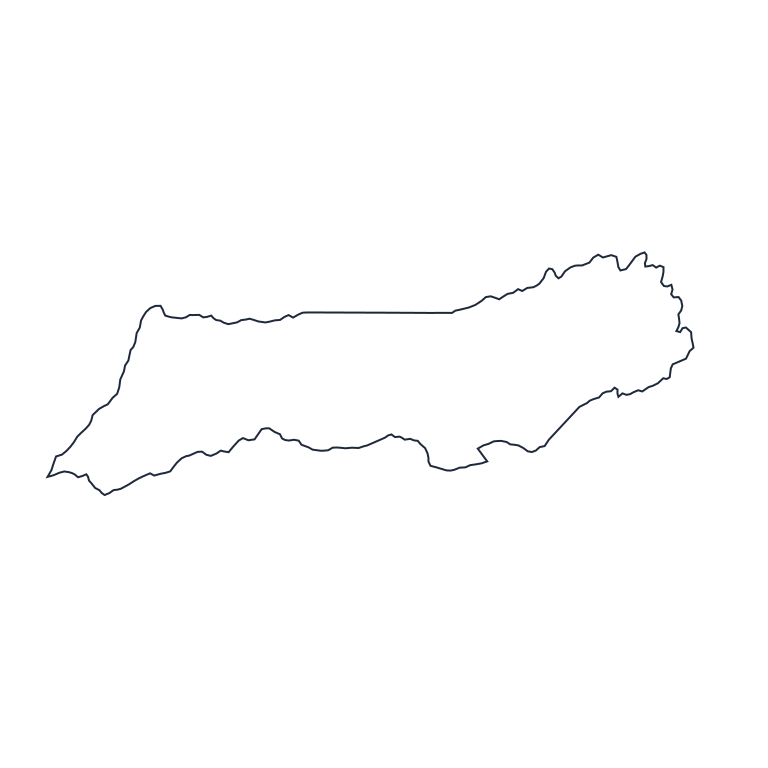 Senador La Rocque, Maranhão, Brazil (Equal Earth projection), rotated 207°
{"feature_id": "56859067B35743322866998", "entity_name": "Senador La Rocque", "entity_type": "district", "adm_level": 2, "iso_a3": "BRA", "parent_name": "Brazil", "parent_adm1": "Maranhão", "projection": "equal_earth", "projection_center": [-47.144, -5.381], "detail": "fine", "context": "isolated", "style": "outline", "palette": "slate", "viewbox_px": 768, "rotation_deg": 207, "n_neighbors": 0, "source": "geoboundaries", "source_scale": "gbopen_adm2", "svg_char_len": 3838}
<svg xmlns="http://www.w3.org/2000/svg" viewBox="0 0 768 768"><g transform="rotate(207 384 384)"><path d="M641.6,148.5L637.0,152.7L633.0,157.5L629.2,160.9L624.8,162.4L621.4,163.0L618.4,163.0L614.3,162.0L610.6,165.5L608.3,168.4L605.6,167.0L603.0,164.0L599.8,162.8L594.1,160.2L589.4,160.2L586.1,158.8L582.6,158.2L579.2,162.1L576.7,166.8L573.7,168.7L570.9,171.2L565.8,178.6L562.6,184.1L559.4,188.9L556.8,192.3L554.4,195.2L551.9,198.2L547.2,198.1L542.3,202.6L538.5,205.5L534.8,209.1L533.9,214.5L532.8,219.9L530.6,225.9L527.5,229.9L525.0,231.8L519.4,238.8L515.5,241.1L510.1,240.3L505.7,241.3L501.8,245.9L499.2,250.5L496.2,251.2L491.5,252.7L490.0,259.4L487.8,267.6L485.1,271.8L479.3,272.3L474.2,275.9L473.4,281.9L472.5,288.2L469.2,290.8L466.1,292.4L459.7,291.6L453.9,292.0L450.1,289.2L446.6,289.2L443.0,290.5L438.8,293.5L434.3,294.8L429.9,292.4L426.7,292.8L422.3,293.3L417.8,293.1L410.1,295.8L407.3,297.3L403.7,299.6L400.8,304.0L397.0,306.1L393.4,307.6L389.2,309.2L383.8,312.6L377.5,315.5L373.7,319.4L371.2,321.5L366.9,326.7L363.3,331.1L358.8,336.6L357.0,340.0L354.5,342.4L350.1,341.7L346.2,344.2L343.2,344.2L340.3,343.8L335.8,347.0L331.6,347.4L328.1,348.7L324.5,347.1L318.2,345.5L313.7,341.9L310.8,338.3L309.2,335.1L305.4,332.2L300.1,333.4L296.2,334.1L289.1,335.4L285.5,337.0L282.6,339.3L278.6,343.8L273.6,346.7L270.3,350.9L266.1,353.8L261.2,357.5L256.9,361.9L271.1,369.0L267.5,374.5L263.7,378.1L260.2,382.7L257.5,384.4L253.8,386.5L248.4,388.0L244.2,387.5L240.9,388.8L236.5,390.3L230.9,390.2L225.3,389.3L221.4,390.5L218.5,393.6L216.6,398.5L212.7,401.6L211.8,409.3L199.5,452.3L197.2,455.5L194.5,459.1L193.1,462.5L190.5,465.6L186.3,469.6L185.0,474.9L182.4,478.1L178.5,480.6L176.9,485.4L173.4,485.0L171.6,481.4L169.3,479.0L167.3,483.9L163.1,484.4L160.1,486.7L158.0,489.9L154.7,493.8L150.5,494.6L146.8,501.4L143.8,504.3L140.3,509.0L137.8,515.9L134.4,516.8L132.5,519.7L135.5,528.1L135.7,532.6L126.4,543.7L126.6,552.1L124.7,556.8L127.7,560.7L130.6,564.2L133.9,569.6L137.6,570.6L140.7,571.4L143.3,569.3L143.7,564.7L147.5,563.9L147.5,568.3L148.3,572.4L151.0,576.5L153.3,579.6L152.6,584.5L153.6,588.9L157.1,593.3L161.0,595.2L165.2,592.7L168.9,594.4L169.8,599.2L173.0,602.8L175.9,599.5L179.1,598.4L183.4,600.6L184.6,606.5L185.9,610.8L188.0,615.0L191.9,614.7L194.4,611.3L198.6,611.9L201.6,609.2L204.5,607.3L206.4,610.1L206.9,614.7L208.8,618.2L211.6,619.5L214.5,616.5L217.8,611.6L219.4,601.9L220.5,596.3L224.9,592.5L228.3,594.6L231.9,599.4L234.7,602.8L240.0,602.0L246.4,596.1L251.8,596.5L254.9,591.7L256.1,585.4L261.4,579.5L265.2,577.6L267.8,575.9L270.9,572.4L273.9,566.6L274.7,560.3L276.5,557.4L280.1,558.4L282.6,560.8L286.2,562.7L289.4,561.8L290.6,557.6L289.8,550.9L291.1,543.9L292.8,540.8L294.9,538.0L300.0,534.6L303.1,529.6L307.6,529.4L310.3,523.9L314.8,520.4L317.4,516.1L319.8,511.8L323.9,511.3L328.7,510.6L332.7,507.7L334.8,502.4L338.6,495.8L343.4,490.4L350.8,484.1L353.7,481.8L355.7,478.2L362.7,474.7L369.4,471.3L372.5,469.6L380.1,465.8L410.9,450.3L484.7,413.0L489.0,410.5L491.8,407.0L495.2,401.9L500.3,402.1L503.2,398.5L505.7,393.9L510.1,391.2L514.0,387.8L517.6,385.0L520.8,383.9L524.3,382.7L529.5,381.9L533.5,381.1L536.2,378.8L540.2,376.1L542.9,372.2L549.8,366.7L554.3,365.9L558.7,366.1L562.5,364.8L565.7,365.2L569.0,366.5L572.0,363.6L575.3,361.3L580.0,361.7L585.3,358.8L588.5,357.3L590.6,353.7L594.0,350.6L604.0,346.8L609.9,345.6L612.6,347.6L615.0,349.9L618.6,352.2L623.3,349.7L626.7,345.5L628.7,340.2L629.2,335.1L629.3,330.3L627.2,323.4L627.5,317.1L624.6,308.4L624.2,303.2L625.2,299.2L624.0,294.6L622.4,288.8L623.1,283.0L621.5,277.3L621.0,268.2L618.4,260.9L617.3,254.1L619.5,248.6L620.9,240.5L623.4,237.3L626.5,232.6L629.5,224.0L628.2,218.4L628.2,213.8L629.6,208.5L631.6,203.2L633.4,197.8L633.9,191.2L635.0,185.5L636.6,180.1L638.9,174.8L643.3,170.6L642.2,162.1L641.2,156.3L641.6,148.5Z" fill="none" stroke="#1e293b" stroke-width="2"/></g></svg>